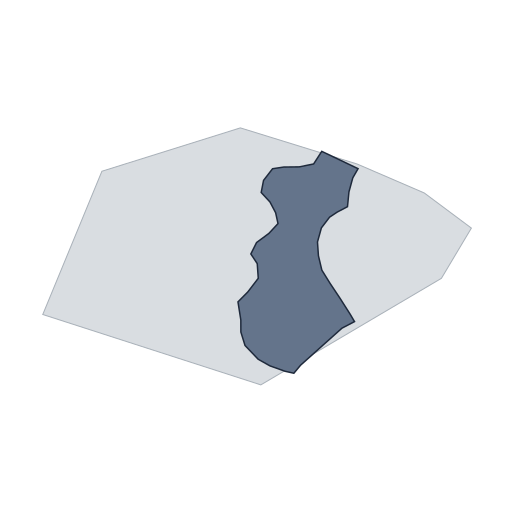 Central Singapore highlighted on a map of Singapore, rotated 356°
{"feature_id": "SGP-4871", "entity_name": "Central Singapore", "entity_type": "state/province", "adm_level": 1, "iso_a3": "SGP", "parent_name": "Singapore", "parent_adm1": "", "projection": "robinson", "projection_center": [103.856, 1.349], "detail": "fine", "context": "in_parent", "style": "filled", "palette": "slate", "viewbox_px": 512, "rotation_deg": 356, "n_neighbors": 0, "source": "natural_earth", "source_scale": "10m", "svg_char_len": 832}
<svg xmlns="http://www.w3.org/2000/svg" viewBox="0 0 512 512"><g transform="rotate(356 256 256)"><path d="M439.4,291.2L251.8,384.9L39.2,299.5L108.2,160.7L249.3,127.1L363.3,171.3L428.3,204.9L472.8,243.2L439.4,291.2Z" fill="#d9dde1" stroke="#a8b0b8" stroke-width="1"/><path d="M349.7,328.3L336.7,334.0L292.9,368.0L285.6,375.6L276.9,373.0L262.3,366.6L251.0,359.2L238.8,344.5L235.6,330.8L236.4,318.8L234.8,300.5L245.3,291.3L256.7,278.4L256.7,263.7L251.0,253.6L257.5,242.6L270.5,234.3L280.2,225.2L278.6,214.2L273.7,203.1L265.6,193.0L268.8,181.1L278.6,170.1L289.9,169.2L305.3,170.1L319.9,168.2L328.9,156.2L363.9,176.0L358.0,184.8L353.2,198.5L350.7,213.2L340.2,217.8L332.1,222.4L323.2,232.5L318.3,246.3L318.3,260.1L320.7,274.7L328.0,288.5L336.9,304.1L345.9,320.7L349.7,328.3Z" fill="#64748b" stroke="#1e293b" stroke-width="1.5"/></g></svg>